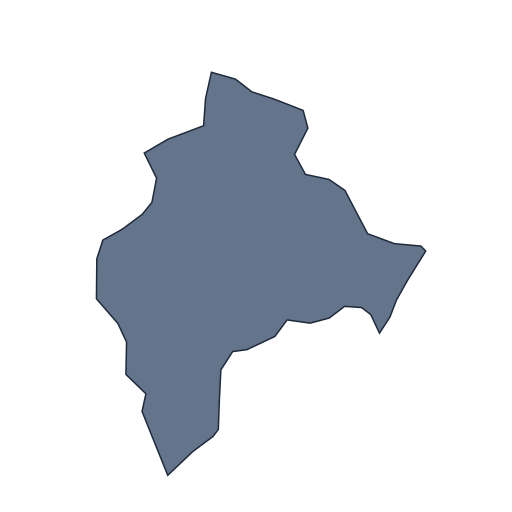 outline of Jeonju-si, North Jeolla, South Korea, rotated 255°
{"feature_id": "91817680B88957070935676", "entity_name": "Jeonju-si", "entity_type": "district", "adm_level": 2, "iso_a3": "KOR", "parent_name": "South Korea", "parent_adm1": "North Jeolla", "projection": "robinson", "projection_center": [127.109, 35.81], "detail": "fine", "context": "isolated", "style": "filled", "palette": "slate", "viewbox_px": 512, "rotation_deg": 255, "n_neighbors": 0, "source": "geoboundaries", "source_scale": "gbopen_adm2", "svg_char_len": 811}
<svg xmlns="http://www.w3.org/2000/svg" viewBox="0 0 512 512"><g transform="rotate(255 256 256)"><path d="M135.4,105.7L71.0,113.5L67.0,114.0L83.5,144.4L89.0,158.1L92.7,167.6L98.2,174.7L127.5,183.7L155.1,192.6L169.7,208.7L167.9,223.0L173.4,253.4L186.2,269.5L177.1,290.9L177.1,296.3L177.1,310.6L184.4,328.5L178.9,344.6L169.7,351.7L149.5,355.3L162.4,369.6L177.1,380.3L193.6,396.4L216.8,421.2L222.9,417.9L232.1,392.9L248.6,369.6L272.5,364.2L296.3,358.9L311.0,346.4L322.0,324.9L344.1,319.5L366.1,339.2L384.4,339.2L402.8,314.2L415.6,294.5L432.1,282.0L445.0,260.5L421.1,248.0L395.4,239.1L391.7,201.5L384.4,174.7L356.9,180.1L334.8,169.4L325.7,156.9L316.5,133.7L311.0,112.2L294.5,101.5L256.0,90.8L226.6,105.1L206.4,108.7L175.3,99.7L151.4,114.0L135.4,105.7Z" fill="#64748b" stroke="#1e293b" stroke-width="1.5"/></g></svg>